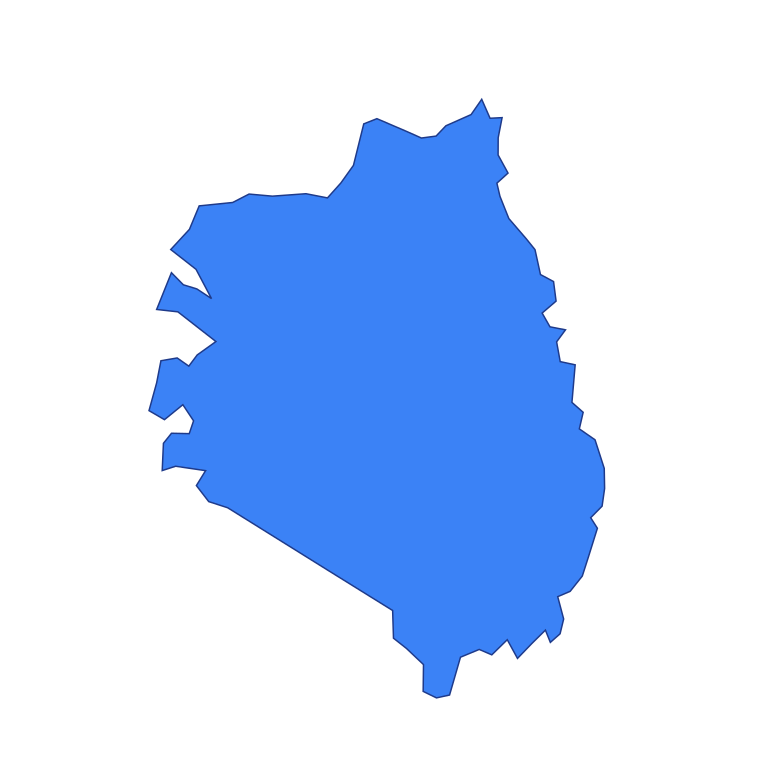 São José do Herval, Rio Grande do Sul, Brazil, rotated 191°
{"feature_id": "56859067B53549681471758", "entity_name": "São José do Herval", "entity_type": "district", "adm_level": 2, "iso_a3": "BRA", "parent_name": "Brazil", "parent_adm1": "Rio Grande do Sul", "projection": "equal_earth", "projection_center": [-52.274, -29.066], "detail": "fine", "context": "isolated", "style": "filled", "palette": "blue", "viewbox_px": 768, "rotation_deg": 191, "n_neighbors": 0, "source": "geoboundaries", "source_scale": "gbopen_adm2", "svg_char_len": 1308}
<svg xmlns="http://www.w3.org/2000/svg" viewBox="0 0 768 768"><g transform="rotate(191 384 384)"><path d="M342.4,682.1L349.9,665.1L372.5,649.3L380.2,637.3L394.2,632.6L410.7,636.4L441.6,643.1L453.5,635.5L455.7,592.8L464.7,573.1L475.0,555.9L496.9,555.9L529.4,547.1L552.7,544.7L567.2,533.3L599.4,523.6L604.5,498.7L619.0,475.3L590.4,460.7L569.6,434.9L585.8,441.6L599.9,443.1L613.9,452.7L621.4,413.8L600.1,415.5L557.1,393.6L572.9,376.9L579.0,364.3L592.0,370.1L607.4,364.3L607.4,341.7L609.6,313.0L592.7,307.1L577.5,325.3L563.9,311.5L565.7,298.1L583.2,295.1L589.2,283.7L585.2,256.7L572.9,263.5L542.6,264.9L548.8,248.5L533.6,235.1L513.9,232.7L402.1,189.9L332.3,163.3L326.2,136.3L311.5,128.7L291.7,116.1L286.9,89.7L272.6,85.9L260.3,91.2L256.8,130.4L239.9,141.6L226.5,138.7L214.2,156.5L200.6,140.1L189.4,157.4L178.6,173.2L171.4,162.1L163.5,172.4L162.8,187.6L172.9,208.4L161.7,216.0L152.7,233.3L150.3,253.5L147.0,283.1L155.6,292.2L146.6,305.7L147.5,323.5L151.7,343.2L166.2,369.5L183.7,377.2L183.1,394.2L196.0,401.8L200.0,439.3L215.3,439.6L222.6,458.3L216.2,471.8L232.0,471.8L242.3,483.8L230.9,498.2L237.1,516.9L251.3,521.3L261.4,544.7L272.2,553.8L293.0,570.2L306.0,590.4L311.5,602.7L302.5,614.7L315.7,630.6L318.9,647.5L318.9,668.0L330.6,665.1L342.4,682.1Z" fill="#3b82f6" stroke="#1e3a8a" stroke-width="1.5"/></g></svg>